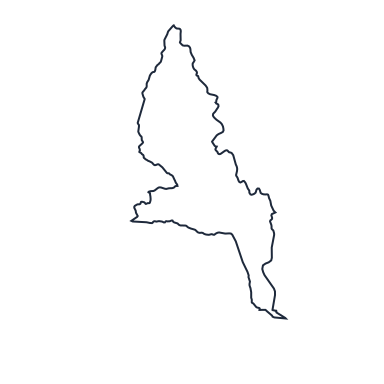 Manicaland, Albers equal-area conic projection, rotated 332°
{"feature_id": "ZWE-529", "entity_name": "Manicaland", "entity_type": "Province", "adm_level": 1, "iso_a3": "ZWE", "parent_name": "Zimbabwe", "parent_adm1": "", "projection": "albers", "projection_center": [32.271, -19.29], "detail": "fine", "context": "isolated", "style": "outline", "palette": "slate", "viewbox_px": 384, "rotation_deg": 332, "n_neighbors": 0, "source": "natural_earth", "source_scale": "10m", "svg_char_len": 6059}
<svg xmlns="http://www.w3.org/2000/svg" viewBox="0 0 384 384"><g transform="rotate(332 192 192)"><path d="M257.5,44.9L256.1,47.0L253.2,52.7L252.7,53.2L252.1,53.7L251.6,54.2L251.6,55.0L252.4,57.6L252.7,58.3L254.0,59.3L256.7,60.6L257.7,61.9L258.0,63.5L257.7,65.0L256.5,67.8L256.2,70.8L256.4,74.2L256.1,77.0L254.2,78.2L253.0,78.8L252.2,80.1L251.7,81.7L251.5,83.2L251.6,84.7L252.5,86.8L252.6,88.2L252.3,89.2L251.8,89.7L251.2,90.1L250.8,90.7L250.9,91.4L251.8,92.5L251.7,93.1L251.3,94.7L251.5,96.4L254.0,104.3L254.3,106.9L254.2,107.5L253.5,109.1L253.0,110.1L252.5,110.7L252.4,111.3L252.7,112.5L253.8,114.1L257.2,116.9L258.5,118.4L259.1,119.9L258.8,120.7L256.7,122.3L255.1,124.6L254.9,124.5L255.0,125.3L255.9,126.4L256.2,127.2L255.7,128.7L254.4,129.7L252.8,130.5L251.4,131.3L250.1,132.0L248.7,132.4L247.4,132.9L246.5,134.0L246.3,135.3L246.6,136.9L247.5,139.6L249.7,144.0L250.2,146.1L250.1,148.7L249.5,150.7L248.8,152.4L247.5,153.4L245.6,153.5L242.6,153.3L240.4,153.6L233.4,156.9L233.3,157.6L233.7,161.8L234.2,162.9L235.1,163.5L234.3,164.1L233.4,164.6L232.7,165.3L232.6,166.2L233.1,167.9L233.3,168.8L233.1,169.7L233.3,170.8L233.9,171.4L234.7,171.7L235.7,171.7L240.2,171.1L241.5,171.2L242.3,171.5L242.7,171.9L242.9,172.4L243.1,173.3L243.4,174.3L244.0,174.8L244.7,175.4L245.3,176.2L245.7,178.8L243.6,188.3L243.5,190.2L243.2,191.6L242.7,192.9L241.6,194.6L238.9,197.7L238.7,198.4L238.9,200.7L238.4,203.8L238.5,205.4L239.2,206.3L240.6,206.4L241.9,206.2L243.0,206.6L243.4,208.2L243.5,209.7L242.9,215.2L243.0,215.9L243.1,216.7L243.2,217.7L242.9,218.4L242.5,219.1L242.3,219.9L242.5,221.6L243.3,222.4L244.6,222.7L246.3,222.8L247.9,222.4L250.1,220.2L251.5,219.7L252.7,220.4L252.8,222.0L252.2,225.0L252.8,226.3L254.0,227.6L255.6,228.6L257.2,229.3L257.9,230.1L257.7,231.6L257.2,233.4L257.0,236.6L255.6,241.1L255.3,246.8L255.8,248.6L256.0,249.2L252.1,249.0L251.1,249.9L250.7,252.2L250.1,253.3L249.0,253.7L247.8,253.9L247.1,254.6L246.6,258.3L246.2,259.5L245.2,261.4L245.1,262.1L245.2,262.6L245.6,263.7L245.7,264.3L245.2,266.6L244.8,267.7L244.2,268.7L236.3,278.5L231.6,287.6L229.8,289.6L226.7,290.1L223.3,289.7L220.2,290.1L217.9,293.0L217.2,296.3L217.0,299.5L219.0,315.7L218.6,318.7L216.9,322.0L207.7,333.9L208.1,334.5L209.1,335.2L209.8,336.1L210.4,336.1L210.6,336.3L210.6,336.8L210.1,337.7L210.0,338.0L215.2,347.0L215.4,347.7L205.8,341.4L204.6,339.9L204.7,338.8L202.2,332.5L201.6,330.7L201.3,330.4L196.2,327.8L197.1,326.6L196.8,325.9L195.3,324.6L194.8,323.9L194.6,323.2L193.9,319.6L193.7,319.0L193.0,318.0L193.0,317.4L194.0,315.6L194.3,314.9L194.6,313.2L197.2,308.3L198.5,304.3L198.7,302.8L199.0,301.4L199.6,300.2L201.1,298.3L201.9,293.7L202.9,292.2L203.5,288.5L203.9,277.7L207.5,256.1L207.5,248.4L207.1,247.7L206.9,247.0L205.6,246.1L201.8,244.3L197.0,240.5L196.0,240.1L195.4,240.0L194.8,239.9L193.4,239.9L191.7,240.2L191.3,240.1L190.8,239.7L190.2,239.1L189.8,238.6L189.2,238.3L187.0,237.8L186.1,237.3L184.5,236.2L183.4,235.1L182.9,234.4L182.3,233.2L181.9,232.9L181.5,232.5L179.6,231.7L178.8,231.0L178.2,230.3L178.0,229.8L177.1,227.0L176.1,225.9L173.9,223.8L172.2,221.8L171.8,221.1L171.1,219.2L170.6,218.7L169.7,218.1L166.4,216.3L165.9,215.9L165.3,215.2L165.0,214.7L164.5,213.0L164.2,212.7L162.0,210.5L161.6,209.8L161.4,209.2L161.4,208.1L161.1,207.8L160.6,207.6L158.9,207.4L158.1,207.2L157.1,206.7L156.5,206.4L155.6,205.7L155.0,205.6L153.8,206.1L153.4,205.9L152.9,205.7L151.8,204.2L151.2,203.7L149.3,202.3L148.6,202.0L147.2,201.6L146.8,201.5L146.4,201.2L145.6,200.5L145.3,200.3L144.9,200.1L144.1,200.1L143.6,200.2L142.9,200.6L142.5,200.7L142.1,200.7L141.3,200.2L140.3,199.6L137.7,197.4L125.8,190.2L124.9,189.0L132.0,188.2L132.8,187.7L132.8,184.0L133.5,182.1L133.6,179.1L133.8,178.6L133.9,178.2L134.3,177.8L135.0,177.4L136.9,177.3L137.9,177.3L138.6,177.5L139.2,177.9L140.0,178.2L140.4,178.2L140.9,178.1L141.3,177.8L141.9,177.2L142.2,176.9L142.6,176.9L143.2,177.1L143.6,177.4L145.0,178.7L145.3,179.5L145.4,180.3L145.5,180.7L145.9,180.9L146.5,181.0L147.3,181.0L147.8,181.1L148.8,181.7L149.3,181.8L149.8,181.6L151.1,180.3L151.6,179.7L152.2,178.7L153.2,176.4L153.7,174.8L154.2,173.7L154.3,173.4L154.2,173.0L154.0,172.7L153.6,172.1L153.4,171.8L153.7,171.5L154.4,171.5L156.0,171.9L158.4,173.0L159.8,173.1L163.3,172.5L164.6,172.4L165.8,172.8L166.8,173.5L169.6,176.4L170.7,177.2L173.4,177.9L176.3,179.3L177.8,179.6L178.5,179.5L179.7,179.1L180.2,179.1L181.0,179.3L181.5,179.5L182.0,179.8L182.4,178.5L182.1,176.6L182.1,175.6L182.3,174.1L182.3,172.7L182.5,169.4L182.4,168.7L182.1,168.0L181.7,167.3L180.8,166.1L180.5,164.9L180.3,164.6L179.2,164.0L179.0,163.7L178.8,163.4L178.7,163.0L177.4,156.3L175.7,152.2L175.5,151.9L174.9,151.5L174.0,151.3L172.7,151.2L171.9,150.9L171.6,150.7L171.2,150.1L170.9,149.2L170.6,147.7L170.4,147.2L168.9,145.0L167.9,143.9L167.0,142.2L166.3,141.3L166.0,140.1L165.8,139.8L165.6,139.4L165.6,138.8L166.1,137.8L166.3,137.0L166.3,136.4L165.6,135.1L165.4,133.8L164.6,132.5L164.3,131.9L164.7,131.4L165.6,130.7L166.0,129.3L166.0,128.5L166.1,127.8L166.4,127.2L167.0,126.8L167.7,126.6L170.9,125.8L171.6,125.5L172.1,125.1L172.2,124.3L172.0,122.8L172.3,122.0L173.3,119.9L173.3,119.1L173.1,118.8L172.9,118.1L172.7,116.7L172.8,114.2L172.9,113.7L173.0,113.3L175.7,109.6L176.3,108.6L176.6,107.8L176.4,106.5L176.4,106.0L176.5,105.5L193.6,88.0L193.9,87.6L193.9,87.2L193.8,85.9L193.8,85.0L194.4,82.0L194.7,81.2L195.0,80.9L195.5,80.6L197.5,79.8L199.0,79.0L200.6,78.4L201.0,78.1L201.4,77.7L201.9,76.9L202.6,75.5L203.0,74.9L203.4,74.6L204.0,74.0L205.6,73.1L206.4,72.6L209.4,69.5L210.5,68.8L211.9,68.1L212.6,67.9L213.3,67.8L213.8,67.8L214.2,67.9L215.0,68.2L215.5,68.1L216.2,67.7L217.3,66.5L218.2,65.2L218.6,64.8L221.2,63.6L222.5,63.5L223.6,63.0L224.8,62.7L225.5,62.4L226.2,61.8L229.3,58.5L229.5,58.1L229.7,57.7L229.8,57.2L229.9,55.8L230.0,55.4L230.3,55.0L230.7,54.7L233.0,53.8L233.8,53.6L234.9,53.1L235.3,52.8L235.8,52.3L236.2,51.6L236.4,50.2L236.5,49.8L238.6,45.4L239.2,44.6L244.2,41.1L245.9,39.4L246.6,38.9L252.1,36.8L253.6,36.3L254.1,36.3L254.1,37.1L254.4,38.8L255.1,40.3L255.8,40.8L257.4,41.8L257.9,42.5L258.0,43.7L257.5,44.9Z" fill="none" stroke="#1e293b" stroke-width="2"/></g></svg>